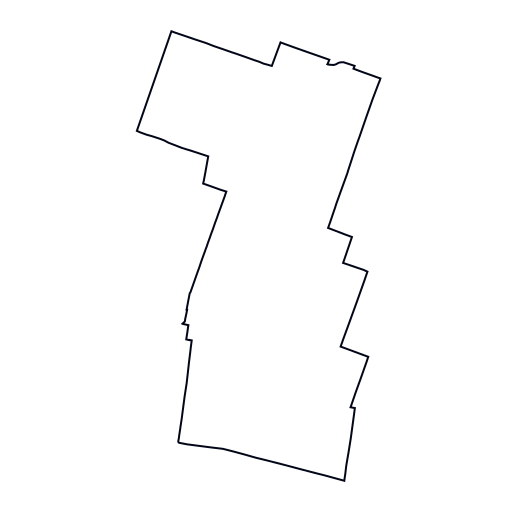 Dobrotesti, Dolj, Romania (Mercator projection), rotated 181°
{"feature_id": "2599482B78456281149056", "entity_name": "Dobrotesti", "entity_type": "district", "adm_level": 2, "iso_a3": "ROU", "parent_name": "Romania", "parent_adm1": "Dolj", "projection": "mercator", "projection_center": [24.124, 43.959], "detail": "fine", "context": "isolated", "style": "outline", "palette": "ink", "viewbox_px": 512, "rotation_deg": 181, "n_neighbors": 0, "source": "geoboundaries", "source_scale": "gbopen_adm2", "svg_char_len": 2493}
<svg xmlns="http://www.w3.org/2000/svg" viewBox="0 0 512 512"><g transform="rotate(181 256 256)"><path d="M321.7,217.1L322.9,210.3L324.4,201.5L324.5,201.2L323.9,201.1L324.6,197.3L325.7,191.7L326.0,189.3L328.3,187.0L327.6,186.7L326.0,186.4L324.8,186.2L324.4,186.1L323.6,185.9L322.4,185.7L322.7,183.6L323.3,178.6L324.3,171.4L321.0,170.7L320.9,170.9L319.9,170.7L318.8,170.5L319.5,164.5L320.1,158.3L320.6,153.6L321.0,149.9L321.8,141.5L322.2,137.1L322.5,134.0L323.1,127.7L324.9,114.5L327.5,91.6L328.6,83.5L328.9,80.8L329.3,77.9L329.8,74.1L329.9,72.9L330.0,72.3L330.0,72.1L330.3,70.7L330.5,69.3L330.4,68.7L330.1,68.4L330.0,68.2L329.8,68.1L329.6,67.9L321.7,66.5L310.9,65.3L301.0,64.2L295.5,63.6L290.4,63.1L285.6,62.6L275.0,60.1L263.5,57.2L252.6,54.3L246.3,52.9L225.5,48.0L206.4,43.3L192.8,40.0L184.1,38.0L164.1,32.9L163.8,32.8L163.5,35.5L163.0,39.0L162.1,47.9L159.8,63.0L158.0,75.8L155.6,96.1L154.5,105.7L158.8,106.4L158.3,107.9L154.1,120.9L149.6,134.1L143.6,152.1L142.0,157.2L146.7,158.8L165.5,165.4L169.8,166.9L167.0,175.3L162.8,187.4L158.1,201.1L156.4,206.0L152.5,217.5L151.6,220.2L147.1,233.6L144.3,242.3L148.2,244.0L155.1,246.2L168.8,250.6L167.7,253.9L160.8,275.4L160.4,276.7L167.4,279.1L182.2,284.5L184.4,285.3L182.0,292.5L179.8,299.5L177.9,305.3L176.5,310.0L175.6,312.6L174.1,317.0L172.9,320.6L166.1,340.4L165.3,343.3L161.8,354.7L159.7,361.7L156.3,372.1L154.5,377.3L148.1,397.0L147.3,399.4L142.1,415.0L137.1,428.9L135.3,433.7L135.1,434.4L134.7,435.7L137.8,436.7L143.6,438.7L147.8,440.1L153.4,442.0L158.5,443.8L161.8,445.0L160.7,447.8L168.1,450.1L171.1,451.0L171.6,451.2L173.7,451.2L175.9,450.9L176.9,450.5L178.2,449.8L179.3,449.1L181.4,448.4L183.7,448.4L187.3,448.7L188.0,449.0L187.7,449.5L186.1,453.5L190.3,454.9L207.0,460.4L220.2,464.8L234.8,469.8L235.2,470.0L236.3,466.9L243.5,446.3L246.7,447.2L251.9,448.5L256.0,450.2L259.9,451.4L263.5,452.6L270.3,454.9L279.7,458.0L283.6,459.2L293.3,462.4L302.0,465.2L309.5,468.0L321.1,471.6L341.0,478.0L344.5,479.2L377.3,379.0L376.4,378.6L373.4,377.4L367.6,375.4L362.2,374.0L354.4,371.6L349.9,370.0L345.4,367.7L331.8,362.7L322.0,359.9L310.7,356.4L305.5,354.8L308.3,337.4L309.5,330.4L310.1,327.5L302.3,324.9L292.6,321.6L286.8,319.9L287.3,318.5L288.3,315.2L290.7,308.2L294.4,297.5L295.7,293.5L297.3,289.0L298.9,284.1L299.9,281.1L301.1,277.8L302.5,273.5L303.9,269.5L305.7,263.9L306.5,261.8L307.0,260.1L308.5,255.9L310.7,249.4L312.8,242.7L313.7,240.2L320.9,218.6L321.2,218.3L321.6,217.4L321.7,217.1Z" fill="none" stroke="#020617" stroke-width="2"/></g></svg>